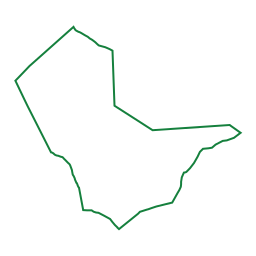 the district of Invorgoil Estate, Anse-la-Raye, Saint Lucia
{"feature_id": "8701671B81496139383371", "entity_name": "Invorgoil Estate", "entity_type": "district", "adm_level": 2, "iso_a3": "LCA", "parent_name": "Saint Lucia", "parent_adm1": "Anse-la-Raye", "projection": "natural_earth1", "projection_center": [-61.036, 13.932], "detail": "fine", "context": "isolated", "style": "outline", "palette": "green", "viewbox_px": 256, "rotation_deg": 0, "n_neighbors": 0, "source": "geoboundaries", "source_scale": "gbopen_adm2", "svg_char_len": 1907}
<svg xmlns="http://www.w3.org/2000/svg" viewBox="0 0 256 256"><path d="M73.5,26.9L30.2,65.4L29.7,65.8L21.1,74.8L15.4,80.7L24.4,99.5L27.8,106.5L38.0,126.6L51.0,152.3L51.4,152.3L51.6,152.4L52.0,152.6L52.6,152.9L52.9,153.1L53.0,153.1L53.8,153.7L54.1,154.1L55.0,154.8L55.6,155.1L56.4,155.4L57.1,155.6L57.9,155.7L58.4,155.8L60.1,156.5L60.6,156.6L61.0,156.8L61.4,156.9L62.0,157.0L62.3,157.1L62.8,157.4L63.1,157.7L63.4,158.1L63.7,158.4L64.5,159.3L64.9,159.6L67.2,162.0L68.4,163.2L68.9,163.6L69.2,163.9L69.5,164.2L69.9,164.8L70.3,165.7L70.6,166.5L70.8,167.1L70.9,167.3L71.2,168.1L71.6,169.2L71.9,170.0L72.1,171.1L72.2,171.9L72.4,172.7L72.4,173.0L72.5,173.4L72.7,174.2L72.7,174.6L73.1,175.2L73.7,176.1L74.2,177.2L74.4,177.6L74.8,178.6L74.9,179.3L75.2,180.1L75.5,180.7L75.6,181.0L75.9,181.7L76.0,181.9L76.2,182.4L76.5,183.0L76.8,183.1L77.0,183.6L77.2,184.0L77.4,184.4L77.5,184.9L77.9,186.0L78.2,186.5L78.4,186.9L78.5,187.1L78.6,187.3L79.0,187.7L83.2,210.1L86.6,210.3L91.6,210.3L93.6,211.7L96.0,212.5L98.5,212.8L103.9,215.6L108.1,217.9L110.1,219.0L112.3,221.9L114.9,225.0L117.4,227.4L117.4,227.6L117.6,227.8L119.0,229.1L137.6,214.1L138.1,213.7L139.9,211.8L140.9,211.5L146.9,209.6L148.1,209.3L148.7,209.1L151.2,208.2L156.3,206.5L170.5,203.0L172.2,202.6L177.8,192.6L179.3,190.1L180.8,186.8L181.1,184.2L181.1,181.8L181.8,177.3L182.1,176.7L182.3,176.2L183.9,172.6L185.6,172.3L186.4,171.9L190.0,168.2L194.0,163.0L197.6,156.7L199.9,151.9L203.0,148.8L208.4,148.3L212.0,147.7L215.6,144.6L222.7,140.9L226.8,140.4L234.0,137.8L240.6,132.8L229.6,125.0L152.6,130.2L114.9,106.0L114.5,105.7L112.5,50.7L112.2,50.5L109.6,49.1L107.1,48.0L105.2,47.2L103.0,46.6L100.4,45.9L98.7,45.4L97.7,44.5L96.7,43.6L95.6,42.5L94.5,41.6L92.5,40.1L92.3,39.9L92.0,39.8L91.6,39.5L89.8,38.5L87.8,36.8L85.2,35.4L81.2,33.0L79.7,32.2L78.4,31.8L78.0,31.6L77.6,31.3L77.1,31.1L75.6,30.2L74.0,27.9L73.5,26.9Z" fill="none" stroke="#15803d" stroke-width="2"/></svg>